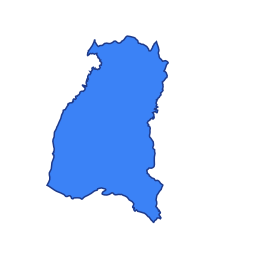 Bazartete, Liquica, East Timor (Mercator projection), rotated 298°
{"feature_id": "22284137B77878310699205", "entity_name": "Bazartete", "entity_type": "district", "adm_level": 2, "iso_a3": "TLS", "parent_name": "East Timor", "parent_adm1": "Liquica", "projection": "mercator", "projection_center": [125.444, -8.63], "detail": "fine", "context": "isolated", "style": "filled", "palette": "blue", "viewbox_px": 256, "rotation_deg": 298, "n_neighbors": 0, "source": "geoboundaries", "source_scale": "gbopen_adm2", "svg_char_len": 5716}
<svg xmlns="http://www.w3.org/2000/svg" viewBox="0 0 256 256"><g transform="rotate(298 128 128)"><path d="M190.4,56.8L190.0,57.2L188.6,57.4L188.1,57.6L184.1,57.8L178.8,57.2L177.8,56.7L177.0,57.2L175.8,57.1L173.3,58.0L173.1,58.5L174.2,58.9L174.7,59.3L175.4,59.2L175.8,59.7L176.3,60.0L176.5,61.2L177.3,61.8L177.5,63.8L178.5,64.5L179.2,65.5L177.9,66.0L177.3,67.4L177.0,67.6L176.6,68.2L176.1,68.4L176.3,68.9L175.8,69.6L175.9,70.1L175.0,70.9L175.0,71.3L174.2,71.6L174.5,71.9L174.1,71.9L174.2,72.1L173.7,72.7L173.4,73.8L173.0,74.2L172.0,74.3L171.4,74.6L171.2,74.9L170.9,74.9L170.4,73.9L169.8,73.6L168.8,74.2L168.3,75.1L166.7,75.0L166.4,74.3L165.5,74.0L165.3,73.8L165.3,72.6L164.9,72.2L164.7,71.5L164.7,71.2L165.0,71.0L164.5,70.9L164.3,70.4L165.4,69.0L165.1,68.6L164.0,68.1L163.2,68.5L162.8,69.3L160.8,69.0L160.1,68.7L160.0,68.2L159.4,69.4L159.1,69.4L159.1,69.1L158.3,69.4L157.2,69.3L157.1,68.3L156.6,68.4L156.0,68.2L154.7,68.2L153.7,68.7L153.4,69.2L153.2,69.0L152.9,69.0L152.9,69.4L152.7,69.6L152.7,69.4L152.2,69.2L152.1,68.9L151.3,69.0L150.7,69.5L150.7,69.9L150.6,70.2L150.1,70.0L150.0,69.6L149.8,69.6L149.9,69.4L149.5,69.5L149.4,70.0L149.3,69.5L148.3,70.0L148.1,69.9L146.7,71.3L146.0,71.3L145.5,71.9L145.1,71.7L145.2,70.4L144.8,69.6L145.0,69.2L144.8,68.5L144.5,68.1L144.6,67.8L144.4,67.7L143.8,68.7L143.5,69.8L143.4,70.8L143.2,71.0L143.5,71.0L143.4,71.2L142.1,71.9L141.0,71.9L139.3,71.2L139.2,70.7L138.4,69.5L137.4,68.9L136.9,68.8L136.0,69.2L134.5,69.1L133.1,68.3L132.4,68.3L132.0,67.4L131.3,66.9L130.4,67.5L130.0,68.3L128.9,68.2L128.4,67.9L128.4,66.8L128.1,66.4L127.0,66.3L126.5,66.6L126.1,67.2L125.4,67.2L125.2,67.1L125.2,66.7L124.3,66.8L124.0,66.6L122.7,64.7L122.1,64.6L121.7,64.0L121.4,64.1L121.0,63.7L120.7,63.7L120.5,64.3L120.1,64.4L118.7,64.1L115.6,64.0L114.7,63.9L114.4,63.4L113.2,62.5L112.7,62.9L110.8,63.3L108.4,63.3L104.9,64.2L101.2,64.4L96.8,64.8L95.7,64.7L93.4,65.1L89.8,65.0L85.3,67.0L82.9,67.2L81.0,67.9L76.5,71.3L75.4,72.4L73.3,73.4L72.2,73.4L72.0,73.8L71.7,73.9L71.0,73.9L70.5,73.4L70.0,73.4L69.6,74.1L69.2,74.5L69.4,75.0L69.1,75.4L67.2,76.4L61.7,77.1L55.8,79.5L51.4,79.6L49.6,80.6L47.9,82.0L45.7,83.1L43.2,83.4L39.4,83.4L39.5,85.0L38.7,91.9L38.6,94.6L39.1,99.2L39.2,102.7L38.4,105.1L38.6,105.8L39.2,106.7L40.3,107.5L40.7,108.1L40.9,108.9L40.3,110.3L39.4,111.2L39.5,112.4L39.7,112.7L41.0,113.2L42.8,116.4L43.6,118.3L43.5,120.6L44.1,121.1L45.6,121.4L47.3,122.3L49.7,124.1L53.0,126.2L56.8,128.0L58.5,129.8L58.8,130.0L60.0,129.8L60.9,130.6L62.6,132.6L63.4,136.1L63.5,136.8L63.3,137.2L63.0,137.4L62.4,137.4L59.9,135.9L58.2,135.8L57.5,136.4L57.7,137.8L58.0,138.9L59.0,140.9L60.7,142.7L63.2,144.2L63.5,145.1L62.9,147.2L63.1,148.2L63.7,149.2L65.0,150.9L65.9,152.9L66.3,153.4L66.4,153.9L66.3,155.4L66.6,156.8L66.6,159.2L66.2,160.6L65.1,162.8L65.0,166.2L64.2,168.0L64.0,168.5L63.0,169.0L60.6,169.1L60.1,169.5L60.0,169.8L60.6,170.7L60.3,171.2L60.0,171.4L59.2,171.1L58.6,171.6L58.1,172.3L57.9,173.1L58.1,173.4L59.2,173.6L59.7,174.0L59.0,175.8L59.4,177.0L60.5,182.6L60.2,184.6L59.2,187.4L59.2,188.6L57.6,191.8L57.3,193.2L56.8,194.2L56.8,195.0L58.8,195.1L60.5,196.0L62.1,196.0L62.4,196.3L63.3,198.0L63.0,199.1L64.0,199.3L64.3,199.1L64.5,198.3L64.6,198.2L64.7,198.4L65.1,197.8L65.5,196.7L66.4,195.9L68.0,196.4L68.5,196.3L69.2,195.3L69.1,194.7L69.3,194.8L70.0,194.2L69.8,193.2L70.4,192.7L70.8,191.6L71.3,191.0L71.7,189.5L74.3,189.1L75.1,188.7L76.4,187.9L77.4,186.8L77.8,186.5L81.7,185.2L82.6,185.1L83.6,185.3L86.8,185.5L89.4,186.1L91.7,185.7L93.4,185.7L94.0,185.5L94.4,182.8L95.5,180.6L95.7,179.2L95.5,178.4L94.6,177.2L94.5,176.6L95.5,174.8L95.1,172.1L95.6,170.7L95.7,169.3L96.3,168.9L96.9,167.8L96.9,166.3L97.7,166.0L98.9,164.8L99.4,164.5L99.8,164.7L100.3,164.5L101.2,165.1L102.5,165.3L103.5,167.5L104.5,168.4L105.9,169.0L106.6,169.0L108.3,168.4L111.6,166.5L114.7,164.9L118.4,163.7L119.3,162.8L121.4,161.6L121.5,160.1L122.4,159.0L124.9,158.6L127.6,156.8L129.7,152.9L130.1,151.6L130.7,150.9L132.1,150.2L132.9,150.1L134.7,149.4L136.2,148.5L138.3,147.7L139.5,146.3L139.3,144.8L139.4,144.7L140.4,144.8L140.7,144.6L140.7,144.2L141.6,142.6L143.7,142.6L144.6,143.3L145.2,143.3L145.5,143.7L146.7,143.6L147.2,143.9L147.6,145.3L147.9,145.6L148.3,144.9L148.9,144.7L149.2,145.3L148.3,145.8L148.1,146.0L149.0,146.3L150.0,146.0L150.4,145.3L151.6,144.8L152.3,144.2L152.9,143.3L153.1,142.6L155.5,144.3L155.0,145.3L155.0,146.2L155.3,146.5L157.6,145.9L157.2,142.5L157.8,142.6L158.6,143.7L159.5,143.7L160.4,144.5L160.6,144.4L160.5,142.6L162.2,142.5L163.0,141.1L164.7,140.7L165.5,140.8L165.9,140.6L166.1,139.9L166.7,140.1L166.9,140.6L168.8,140.6L169.8,141.2L171.0,141.1L172.6,141.6L173.2,141.3L174.1,140.4L175.1,140.8L177.5,141.3L178.2,140.8L178.3,140.2L179.0,140.0L179.4,140.1L181.5,139.3L182.1,138.7L182.8,138.5L183.2,137.7L184.3,137.3L184.7,136.7L187.0,137.6L190.0,138.0L190.8,138.6L191.9,138.3L192.7,138.0L194.7,135.8L195.3,134.1L195.0,133.3L195.2,133.0L197.3,133.1L202.3,132.3L203.9,132.9L204.5,132.8L205.1,131.7L205.1,129.6L203.2,127.1L204.2,125.1L204.4,123.9L204.8,122.9L205.6,122.0L206.9,121.1L207.9,119.9L209.3,119.2L210.4,119.1L211.4,118.7L212.7,117.5L213.3,117.1L216.1,114.0L217.6,112.6L214.4,111.6L213.9,111.8L211.5,111.6L210.5,111.9L207.4,111.8L206.7,111.6L206.3,111.1L206.1,110.2L207.4,109.0L207.6,108.3L208.3,107.4L208.8,106.0L209.0,102.1L208.3,100.7L208.3,98.7L207.8,97.4L208.0,97.0L209.3,96.0L209.8,95.4L210.0,94.5L209.9,94.0L210.7,92.3L210.7,90.8L209.8,87.0L208.9,84.4L208.6,84.0L207.3,83.4L204.0,83.0L202.3,82.2L201.7,81.7L200.1,81.5L199.2,80.8L198.6,80.2L198.4,78.8L198.9,76.3L198.4,75.4L197.7,74.7L196.6,74.4L195.1,73.4L194.2,72.6L193.6,71.5L192.9,69.3L191.6,67.6L188.9,66.6L187.6,64.5L186.3,63.8L186.0,63.5L186.7,61.6L188.9,57.9L190.0,57.6L190.4,56.8Z" fill="#3b82f6" stroke="#1e3a8a" stroke-width="1.5"/></g></svg>